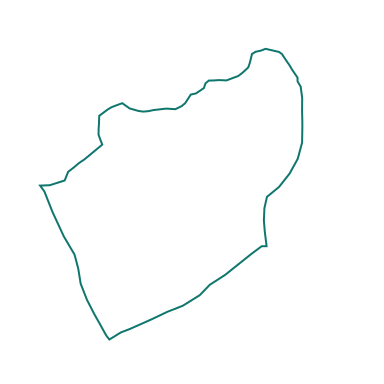 the district of Akoko South East, Ondo, Nigeria, rotated 249°
{"feature_id": "59680162B2512996274201", "entity_name": "Akoko South East", "entity_type": "district", "adm_level": 2, "iso_a3": "NGA", "parent_name": "Nigeria", "parent_adm1": "Ondo", "projection": "equal_earth", "projection_center": [5.93, 7.423], "detail": "fine", "context": "isolated", "style": "outline", "palette": "teal", "viewbox_px": 384, "rotation_deg": 249, "n_neighbors": 0, "source": "geoboundaries", "source_scale": "gbopen_adm2", "svg_char_len": 1334}
<svg xmlns="http://www.w3.org/2000/svg" viewBox="0 0 384 384"><g transform="rotate(249 192 192)"><path d="M251.4,331.2L257.5,330.2L261.0,331.5L270.3,329.3L275.7,328.4L279.5,327.4L284.0,326.4L288.6,325.4L291.6,323.4L299.3,312.0L299.3,306.9L300.1,301.7L299.4,297.5L291.9,292.3L288.1,289.1L285.2,281.8L283.7,276.6L283.8,271.5L283.8,264.2L285.0,261.5L286.9,257.0L288.5,251.8L290.0,247.7L288.6,243.5L284.8,240.4L282.6,231.0L283.4,225.8L279.2,220.0L277.4,217.5L275.9,213.3L275.3,206.1L279.1,197.8L280.7,191.6L282.3,185.4L283.1,180.2L284.6,175.1L286.9,171.0L290.0,166.9L292.3,163.8L296.9,160.7L299.9,158.7L300.0,153.5L300.0,147.3L299.3,143.1L296.4,132.7L288.8,129.5L284.3,127.4L279.0,125.3L274.5,125.2L272.2,125.2L268.4,125.2L261.0,103.3L259.6,97.1L257.4,90.8L255.2,83.6L248.4,77.3L249.3,61.7L252.4,52.5L245.4,54.4L223.4,54.6L196.5,56.4L175.7,59.9L166.3,58.9L161.0,58.3L146.3,55.2L129.1,55.3L113.2,57.0L101.0,58.8L88.8,60.5L83.9,62.0L86.1,73.7L86.4,75.3L86.4,85.1L87.7,109.8L89.0,126.2L89.1,142.6L92.9,162.2L94.0,164.7L99.0,175.3L102.8,193.4L112.7,224.5L116.4,237.6L114.7,242.2L117.0,242.8L128.7,245.7L139.7,248.9L146.7,252.0L150.8,253.7L158.7,259.0L160.6,260.2L165.5,275.0L174.2,289.7L185.2,302.7L198.7,312.5L214.1,318.7L214.7,318.9L219.2,320.6L228.2,323.8L240.4,328.6L251.4,331.2Z" fill="none" stroke="#0f766e" stroke-width="2"/></g></svg>